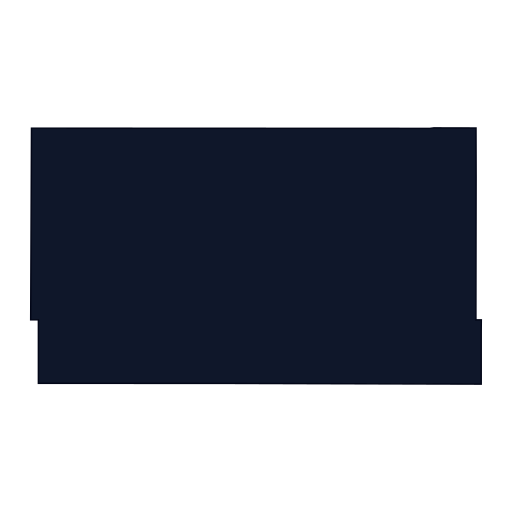 Custer, Oklahoma, United States of America
{"feature_id": "52423323B24972944108066", "entity_name": "Custer", "entity_type": "district", "adm_level": 2, "iso_a3": "USA", "parent_name": "United States of America", "parent_adm1": "Oklahoma", "projection": "mercator", "projection_center": [-98.896, 35.638], "detail": "fine", "context": "isolated", "style": "filled", "palette": "ink", "viewbox_px": 512, "rotation_deg": 0, "n_neighbors": 0, "source": "geoboundaries", "source_scale": "gbopen_adm2", "svg_char_len": 319}
<svg xmlns="http://www.w3.org/2000/svg" viewBox="0 0 512 512"><path d="M476.0,128.0L433.8,127.9L429.9,128.4L31.5,128.2L30.7,319.8L38.4,319.8L38.4,351.3L38.4,383.3L228.4,383.4L481.2,384.1L481.2,331.2L481.3,319.9L475.9,319.9L475.9,309.3L476.1,177.9L476.0,128.0Z" fill="#0f172a" stroke="#020617" stroke-width="1.5"/></svg>